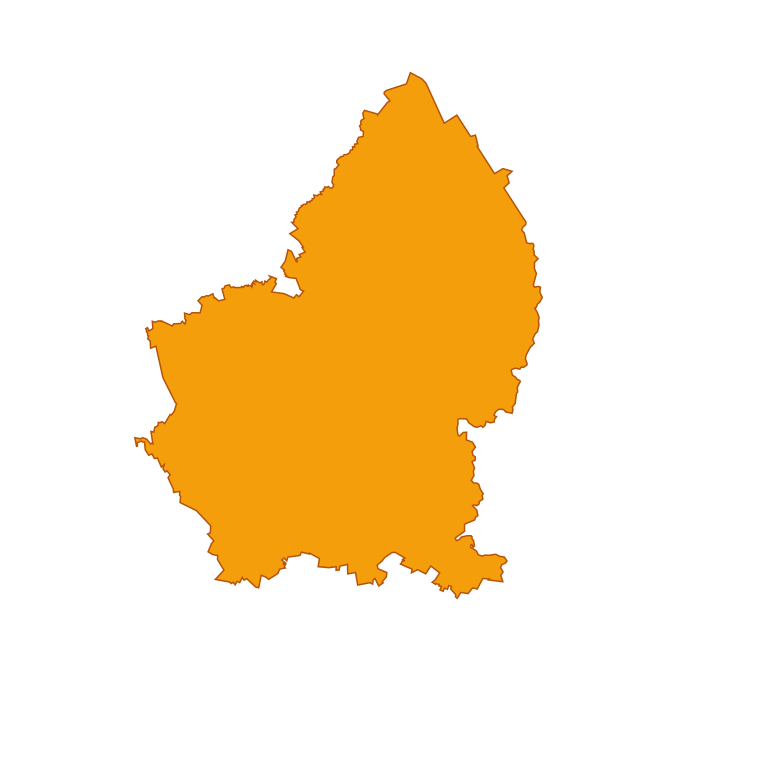 Lejweleputswa, Free State, South Africa (orthographic projection), rotated 130°
{"feature_id": "47623444B29116896592790", "entity_name": "Lejweleputswa", "entity_type": "district", "adm_level": 2, "iso_a3": "ZAF", "parent_name": "South Africa", "parent_adm1": "Free State", "projection": "orthographic", "projection_center": [25.98, -28.097], "detail": "fine", "context": "isolated", "style": "filled", "palette": "amber", "viewbox_px": 768, "rotation_deg": 130, "n_neighbors": 0, "source": "geoboundaries", "source_scale": "gbopen_adm2", "svg_char_len": 6171}
<svg xmlns="http://www.w3.org/2000/svg" viewBox="0 0 768 768"><g transform="rotate(130 384 384)"><path d="M324.1,267.1L321.1,268.5L319.1,270.8L314.6,271.0L306.0,276.5L304.2,276.5L300.7,279.9L294.7,281.1L294.0,282.2L294.8,285.3L294.2,287.5L294.6,291.4L291.9,295.2L290.6,295.4L287.4,293.5L285.3,289.5L282.9,289.8L281.4,287.8L277.5,286.7L276.4,287.5L274.0,291.6L270.8,293.6L262.5,295.5L256.2,295.0L254.0,299.0L248.4,300.4L245.2,300.1L239.4,303.0L236.6,306.0L233.5,307.8L230.6,312.6L229.0,317.2L227.6,316.6L224.1,317.8L221.4,317.3L216.0,318.3L213.5,323.6L209.2,326.4L210.0,328.4L213.0,330.9L212.3,333.1L201.4,338.3L199.0,342.8L194.3,346.8L189.0,346.5L188.6,352.0L185.9,354.2L184.8,356.4L182.0,357.9L180.8,359.4L180.7,360.4L183.1,363.1L184.1,365.5L178.2,373.6L177.7,377.4L174.8,378.5L170.8,377.9L168.8,379.2L156.8,418.2L149.5,417.4L145.4,423.5L138.7,422.6L142.6,431.4L151.8,434.5L142.2,465.3L141.2,464.9L134.6,473.9L138.7,476.8L131.2,501.0L145.5,505.5L126.6,545.2L125.9,550.9L128.6,563.9L139.7,559.7L157.1,570.6L160.1,571.4L161.6,570.5L163.4,561.4L166.0,562.4L181.7,561.9L181.3,562.2L186.9,574.8L190.2,574.3L193.6,570.0L196.9,571.0L198.8,569.9L199.8,568.3L201.9,568.7L203.4,566.0L204.5,565.3L203.8,562.0L207.8,559.1L211.4,562.0L215.6,560.8L216.8,558.6L219.1,560.7L221.3,558.8L222.5,560.7L224.5,558.6L226.3,560.0L229.4,559.0L232.4,560.2L233.9,562.0L235.9,561.7L237.4,563.2L243.0,563.9L244.9,562.5L245.1,559.5L249.8,559.4L251.4,560.2L256.3,556.1L258.2,556.4L263.1,553.4L263.8,550.5L266.5,549.6L268.4,550.9L268.5,553.7L269.8,553.9L271.2,556.1L272.6,555.2L273.8,555.8L274.8,554.5L278.0,556.3L278.9,553.6L280.4,555.7L282.8,556.3L284.4,559.2L285.8,557.2L287.1,556.9L288.1,558.1L289.7,557.2L291.8,558.3L292.3,557.6L294.0,560.1L295.7,559.0L298.6,561.3L300.3,561.2L300.5,562.0L301.7,561.2L303.9,561.9L306.8,560.7L308.7,561.6L309.7,559.7L311.7,560.9L312.7,558.7L315.7,558.8L317.8,557.0L319.5,558.6L320.3,549.7L329.4,552.8L329.0,541.4L331.0,533.8L332.1,534.5L333.7,529.2L339.4,532.2L340.1,529.5L343.8,531.6L346.0,529.2L346.7,529.6L341.9,540.1L342.9,543.8L353.2,538.7L360.9,537.9L360.8,533.5L361.9,533.5L363.1,530.1L363.7,530.3L363.6,528.2L364.7,528.4L363.4,524.9L359.6,519.3L365.5,508.7L364.5,505.3L371.7,505.2L371.9,508.5L376.0,508.3L379.1,518.8L385.7,529.3L376.3,531.0L376.0,533.0L372.4,534.1L374.9,541.1L375.5,539.1L376.5,538.8L378.4,539.5L381.1,539.2L381.7,541.4L383.9,540.3L385.8,540.4L385.9,541.5L384.1,543.2L386.5,544.3L387.0,549.0L388.0,548.0L388.9,550.0L390.2,549.7L390.7,547.7L391.3,549.7L392.5,549.6L393.2,548.1L394.6,547.5L394.0,549.2L395.9,550.4L395.4,551.7L397.0,551.7L396.9,552.9L398.7,554.1L400.4,553.9L400.7,555.8L402.2,555.8L406.2,560.4L406.0,561.4L408.5,563.2L407.5,566.3L410.9,568.8L413.1,568.1L415.3,569.2L421.5,560.3L426.7,564.3L426.6,569.0L427.3,569.2L424.9,573.1L429.4,575.1L430.7,577.0L433.2,577.5L433.3,578.7L434.5,579.6L439.8,580.0L440.6,574.0L447.7,570.6L452.8,576.9L455.8,577.5L457.9,582.4L462.1,578.3L462.3,576.7L466.0,575.1L465.6,578.9L468.4,578.7L473.2,583.9L475.7,583.5L478.8,595.3L479.4,595.0L480.4,597.2L483.8,599.1L484.9,601.8L490.1,596.7L494.5,598.2L492.9,601.4L494.8,602.1L495.6,600.3L496.7,599.6L496.6,598.5L498.9,595.9L498.5,595.1L501.3,594.0L501.3,590.8L506.6,585.8L501.6,583.0L521.2,557.5L532.4,531.7L532.4,530.3L539.4,527.3L544.3,526.9L544.8,528.2L555.3,526.5L555.4,529.2L556.0,530.2L557.6,530.6L558.4,532.2L561.4,530.4L564.5,531.8L568.8,529.4L570.2,532.0L578.4,522.6L578.7,523.9L580.0,524.2L578.8,530.3L580.3,534.5L582.3,535.1L585.3,540.3L590.8,533.5L589.9,533.0L588.1,535.1L586.4,534.6L583.8,533.3L583.6,531.6L582.3,530.2L587.8,524.7L589.8,518.4L586.7,516.7L588.7,512.0L586.3,510.0L590.8,501.1L587.0,500.6L591.1,498.7L592.1,495.1L590.1,494.6L590.9,489.6L594.6,489.2L599.9,477.9L602.3,475.5L597.6,471.4L600.7,469.0L600.9,467.5L605.9,464.1L601.6,446.4L604.0,425.7L609.6,421.4L612.3,422.7L613.6,413.5L617.1,413.6L625.6,410.9L624.8,405.6L622.3,401.2L625.5,398.7L629.5,387.0L642.1,387.6L634.9,374.9L635.1,372.8L632.9,372.1L633.5,369.0L629.5,369.6L628.9,366.9L623.3,368.1L624.2,365.1L621.4,364.1L622.0,351.8L620.7,349.0L609.4,355.1L607.8,350.1L607.8,346.8L597.4,343.5L592.9,344.9L588.5,341.5L588.7,342.5L587.5,342.8L585.9,346.4L585.8,343.3L584.4,343.9L584.6,349.1L581.7,348.8L582.0,344.8L578.4,346.4L569.4,338.2L565.9,339.2L562.2,331.9L561.4,332.3L559.2,321.3L566.3,317.0L560.1,308.1L554.7,303.2L557.5,301.0L555.4,298.8L551.8,300.7L545.7,296.0L552.8,289.7L546.7,284.7L554.9,274.9L545.2,267.0L544.6,264.1L541.1,266.3L538.8,265.9L542.1,258.2L536.8,256.8L536.8,258.2L530.3,258.2L526.6,260.6L529.4,269.8L527.2,272.8L520.9,271.7L516.4,271.9L508.1,269.6L505.7,267.1L503.9,256.1L506.3,257.0L506.3,255.0L507.3,255.3L506.8,256.5L510.9,255.4L511.6,256.3L507.8,243.5L511.0,241.6L504.6,238.9L502.6,230.0L493.4,231.2L492.9,219.9L501.1,218.9L504.9,219.7L504.3,215.8L503.7,216.1L502.1,212.9L503.4,212.2L502.1,209.9L505.7,208.8L504.8,205.5L501.5,206.5L500.5,203.4L496.8,204.8L495.7,202.1L498.2,201.2L499.2,193.9L501.1,192.4L501.1,190.1L494.4,191.2L490.5,184.9L483.1,185.0L481.2,180.8L469.5,183.3L465.8,178.1L467.0,178.1L459.1,165.9L455.4,171.7L451.5,171.9L449.6,176.8L446.8,177.6L443.2,175.9L440.6,176.0L439.2,180.6L441.7,184.7L442.6,189.0L447.7,193.4L450.2,196.7L452.6,198.0L454.2,202.0L452.5,205.8L453.4,213.0L450.9,213.9L450.6,213.0L451.7,210.8L449.9,210.6L446.5,214.6L446.0,217.0L444.4,218.4L444.2,219.6L446.7,222.7L451.6,226.4L454.5,226.3L457.1,227.5L457.1,229.3L455.7,230.4L445.1,227.6L439.6,232.2L429.7,227.1L427.6,228.3L424.5,227.5L420.9,231.9L420.3,237.9L418.9,237.6L417.5,234.7L414.7,234.1L412.9,235.5L408.7,234.2L406.4,237.1L404.3,237.5L402.7,242.5L400.0,246.9L400.1,248.9L402.2,251.6L401.7,255.2L396.4,256.2L393.3,259.5L390.2,260.5L387.0,266.6L385.4,266.3L384.4,265.2L383.2,265.4L381.2,267.2L381.4,270.2L379.2,273.0L373.6,273.4L371.7,279.0L373.9,285.0L367.8,289.7L370.3,292.2L375.2,292.6L375.5,294.6L370.9,299.7L366.4,302.0L364.0,304.5L362.0,303.9L357.7,298.2L359.2,294.2L358.7,287.7L357.3,284.9L353.4,282.6L353.6,280.4L350.9,280.0L346.9,281.7L345.5,277.7L342.4,275.2L339.5,276.8L336.8,276.7L337.3,279.4L336.0,280.2L332.3,280.6L329.5,279.7L327.1,276.7L326.7,275.4L327.2,272.9L324.1,267.1Z" fill="#f59e0b" stroke="#b45309" stroke-width="1.5"/></g></svg>